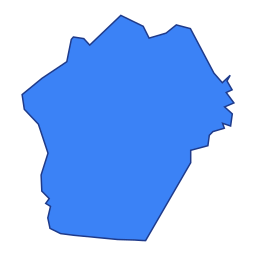 Wayne, Kentucky, United States of America
{"feature_id": "52423323B81930559101478", "entity_name": "Wayne", "entity_type": "district", "adm_level": 2, "iso_a3": "USA", "parent_name": "United States of America", "parent_adm1": "Kentucky", "projection": "equal_earth", "projection_center": [-84.809, 36.8], "detail": "fine", "context": "isolated", "style": "filled", "palette": "blue", "viewbox_px": 256, "rotation_deg": 0, "n_neighbors": 0, "source": "geoboundaries", "source_scale": "gbopen_adm2", "svg_char_len": 679}
<svg xmlns="http://www.w3.org/2000/svg" viewBox="0 0 256 256"><path d="M22.1,94.6L24.3,109.3L38.4,124.2L48.0,153.2L41.1,175.0L41.8,191.1L49.2,198.6L45.7,203.4L50.5,206.4L47.8,217.9L50.0,228.4L60.6,233.6L74.0,235.3L110.4,238.8L117.6,239.5L134.6,240.0L142.6,240.5L145.6,240.6L190.7,162.7L190.7,150.3L207.9,145.7L209.3,135.3L212.9,131.6L224.3,128.2L222.6,123.3L230.6,126.0L232.3,113.9L224.6,106.9L233.9,102.9L226.2,92.5L232.1,89.8L227.0,81.0L230.2,75.3L222.3,82.7L213.9,73.1L190.4,28.6L176.3,24.9L166.1,33.1L149.1,38.1L143.2,26.3L132.5,21.1L120.8,15.4L89.7,45.1L83.8,38.6L73.4,37.0L71.3,39.4L66.8,61.7L42.0,78.3L22.1,94.6Z" fill="#3b82f6" stroke="#1e3a8a" stroke-width="1.5"/></svg>